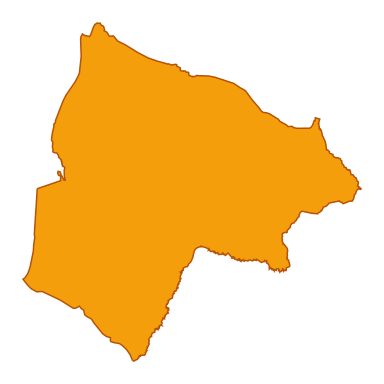 outline of Phanom Sarakham, Chachoengsao, Thailand
{"feature_id": "78962969B65089616698234", "entity_name": "Phanom Sarakham", "entity_type": "district", "adm_level": 2, "iso_a3": "THA", "parent_name": "Thailand", "parent_adm1": "Chachoengsao", "projection": "robinson", "projection_center": [101.467, 13.734], "detail": "fine", "context": "isolated", "style": "filled", "palette": "amber", "viewbox_px": 384, "rotation_deg": 0, "n_neighbors": 0, "source": "geoboundaries", "source_scale": "gbopen_adm2", "svg_char_len": 5983}
<svg xmlns="http://www.w3.org/2000/svg" viewBox="0 0 384 384"><path d="M82.4,34.0L81.0,36.6L80.6,39.3L81.2,56.2L79.4,73.1L78.3,75.8L75.1,81.9L66.1,95.0L63.2,100.6L55.4,120.8L55.6,121.2L55.1,123.0L53.9,124.0L53.9,126.5L52.5,132.4L51.5,139.1L51.7,140.5L52.8,142.1L52.4,146.7L53.1,150.4L52.7,151.5L53.4,152.4L57.1,153.2L58.7,156.1L58.6,157.2L61.4,160.0L61.1,160.9L61.9,161.3L61.7,163.0L62.3,163.3L62.0,164.9L62.7,165.4L62.6,166.2L64.6,167.2L64.8,168.2L64.2,169.9L64.3,176.3L65.3,180.1L64.1,180.3L60.8,174.2L60.3,172.0L58.1,171.3L57.6,172.8L58.5,175.1L59.0,175.6L60.6,175.5L60.6,180.7L37.8,188.5L37.2,189.2L34.3,234.6L34.8,237.1L33.7,244.8L33.3,251.3L30.1,267.0L28.3,272.2L27.3,274.4L25.1,277.6L23.0,279.2L27.4,284.8L31.0,288.6L36.7,291.8L42.3,291.5L60.3,300.1L73.3,308.3L75.6,308.2L79.4,306.2L81.4,308.7L83.7,310.2L84.7,314.7L86.8,316.5L91.4,319.0L94.0,323.0L102.9,334.0L106.5,336.5L110.4,337.6L110.4,340.6L110.8,341.6L114.2,342.7L118.8,343.4L120.5,344.2L123.0,346.1L126.5,349.5L130.1,354.6L132.3,359.9L133.4,361.0L134.7,360.8L135.2,360.2L137.4,359.4L137.8,358.4L138.7,358.0L139.3,355.9L139.8,356.4L140.5,356.2L140.8,355.2L141.8,355.4L143.2,355.0L144.3,355.3L145.3,354.3L145.6,353.7L145.4,352.5L146.1,352.0L146.4,350.9L147.1,350.6L146.4,349.7L147.6,347.4L147.2,347.0L148.2,346.1L149.2,343.9L148.7,343.4L149.2,340.7L148.7,339.5L150.5,336.6L151.6,336.6L151.5,335.5L152.0,333.4L154.9,332.0L154.6,330.6L155.1,330.0L155.1,328.8L155.8,328.6L156.1,329.3L156.6,328.7L157.4,328.8L157.4,329.5L158.2,329.6L157.7,328.4L158.8,328.5L159.2,328.1L159.3,327.3L158.8,327.1L159.3,325.9L159.6,326.3L160.9,325.0L161.8,325.4L161.3,324.6L162.2,323.1L161.4,321.5L162.5,319.6L162.9,319.5L162.9,318.1L164.5,318.8L164.4,317.5L164.8,317.5L165.1,316.5L164.8,315.9L165.5,315.3L165.5,314.7L167.1,313.7L167.3,312.7L168.2,313.0L167.8,311.3L168.1,310.2L168.4,310.2L168.2,309.8L168.7,309.8L168.8,308.6L168.4,308.0L166.9,307.5L167.2,308.3L166.0,307.9L166.2,306.9L166.5,307.5L166.7,307.2L166.3,306.5L166.3,304.9L167.2,304.4L167.0,303.8L167.4,303.8L168.2,302.7L168.2,300.6L168.9,300.7L169.1,299.9L170.1,299.1L172.2,298.2L172.7,296.4L172.4,295.2L173.3,294.6L173.4,293.6L174.3,293.4L174.0,291.9L174.7,291.1L175.6,291.4L176.6,289.9L176.6,288.1L177.8,288.3L178.1,287.6L177.3,286.3L177.9,285.3L177.6,284.9L178.1,284.3L178.8,284.1L178.9,283.7L178.4,283.7L178.8,282.3L180.1,281.4L180.0,280.1L180.6,279.2L180.3,278.8L180.9,278.4L180.1,277.5L180.1,276.6L181.4,273.8L181.0,273.4L182.5,272.5L180.8,272.6L180.4,272.2L181.7,272.1L182.1,271.6L181.5,271.4L181.7,270.7L182.2,270.7L182.5,270.0L183.3,270.1L183.3,268.0L186.2,266.6L187.5,266.6L188.6,264.2L191.1,261.4L192.8,257.4L194.3,250.8L196.2,248.3L201.0,246.2L200.9,246.8L203.1,246.8L206.1,247.7L207.9,248.8L208.8,248.5L209.0,249.1L208.5,250.2L209.5,249.8L210.0,250.9L210.9,251.6L212.4,251.1L214.0,252.5L214.3,251.4L215.4,252.3L215.6,253.4L217.8,252.6L217.7,253.7L218.5,253.8L218.8,254.6L221.4,254.3L222.0,253.7L222.8,254.2L223.0,253.1L224.2,254.6L224.7,254.4L225.2,255.4L226.4,254.7L227.6,253.1L228.1,253.2L231.6,257.0L232.7,256.8L231.8,258.0L233.6,258.2L234.6,257.6L234.7,259.1L237.3,259.9L237.6,260.4L238.1,260.3L237.9,259.4L239.2,258.8L239.0,259.7L239.4,260.4L239.7,260.5L239.8,259.8L240.6,260.2L240.3,261.0L241.0,261.5L242.4,259.5L242.3,260.3L243.2,260.8L243.7,260.1L243.8,260.8L244.2,261.2L245.5,260.4L248.0,261.0L248.3,260.3L250.1,259.9L252.1,260.9L253.6,260.3L253.7,259.5L255.1,260.2L255.6,259.7L256.4,260.3L256.7,259.3L261.5,262.5L264.0,261.5L264.6,260.5L265.2,261.6L266.6,260.7L266.7,263.0L267.3,263.0L268.0,263.7L269.2,265.8L269.3,269.1L270.7,267.6L271.6,269.5L272.2,269.7L272.0,269.0L272.7,268.8L274.2,270.9L274.3,269.8L276.4,270.4L276.3,269.0L278.6,268.7L278.9,269.4L278.7,270.7L279.4,270.7L279.8,272.1L280.3,271.5L280.9,271.6L282.1,270.3L282.5,269.1L283.5,271.1L283.9,269.8L284.5,270.6L285.3,270.2L286.0,270.6L286.4,269.4L286.3,267.9L289.5,266.6L289.8,265.3L289.3,262.7L288.4,260.8L288.6,260.1L286.8,258.8L287.4,257.7L286.9,257.2L287.4,255.7L287.2,253.3L287.7,250.6L287.1,248.2L284.0,244.2L283.2,244.3L283.0,242.7L282.1,241.0L282.5,239.9L281.9,237.8L282.6,236.2L282.1,234.2L282.9,233.1L283.6,233.2L284.9,232.3L286.5,232.6L287.2,232.1L287.0,230.8L290.4,227.1L290.4,225.6L292.0,223.4L294.2,222.8L295.2,221.1L296.4,220.3L296.6,219.2L298.1,217.3L299.0,216.7L299.2,214.9L300.3,212.4L302.1,211.2L311.7,213.3L317.7,213.8L318.3,212.8L320.8,211.5L321.1,210.5L321.7,210.6L323.5,207.1L326.2,206.2L329.4,203.0L339.3,201.0L339.3,201.4L342.1,202.7L343.1,203.7L349.7,201.1L352.2,201.2L353.7,198.6L354.5,194.8L355.6,193.7L356.2,191.5L357.3,189.7L359.0,188.7L360.3,189.4L361.0,189.1L360.9,188.3L359.7,187.9L359.5,187.2L358.5,187.3L358.0,185.8L357.5,185.7L358.3,183.9L358.3,181.9L356.9,180.8L356.6,179.3L356.2,178.9L356.3,178.2L354.4,176.9L353.0,174.8L351.0,174.6L350.2,170.5L349.7,170.4L349.5,169.8L347.8,170.1L347.7,169.5L346.6,169.1L346.1,167.6L344.2,167.1L343.9,165.7L341.9,163.2L341.7,160.8L340.7,160.1L340.4,158.9L338.3,157.9L335.4,157.6L333.6,156.6L333.1,155.9L333.0,154.5L329.8,153.3L329.3,152.4L329.4,151.6L327.6,149.9L326.5,149.8L325.9,144.5L325.1,141.3L322.4,135.5L321.2,130.1L320.3,130.0L320.2,128.8L319.3,128.7L319.3,126.5L318.5,124.8L319.0,123.9L318.4,123.5L319.8,119.1L315.3,117.8L315.1,120.7L314.1,120.7L312.5,125.4L310.8,127.5L309.4,128.2L296.9,128.3L293.6,127.6L292.2,126.4L287.7,126.5L286.6,125.0L279.8,121.3L278.5,119.4L269.7,113.9L267.0,112.9L263.0,112.3L261.7,111.5L259.0,107.8L252.2,99.9L245.6,91.0L243.9,89.7L240.0,87.7L233.9,83.5L215.1,77.3L208.8,76.0L197.9,75.7L197.0,75.3L194.4,76.7L192.9,76.3L192.5,76.7L189.1,75.4L188.6,72.5L187.9,72.2L186.3,72.3L185.5,71.1L183.6,70.9L183.4,71.3L180.3,70.5L180.4,68.0L176.6,66.0L176.7,64.7L175.9,64.3L171.2,65.0L169.0,63.9L167.6,64.0L157.2,61.1L148.2,58.0L137.7,52.5L124.7,44.5L117.8,41.2L113.4,35.9L109.3,36.2L106.8,32.1L104.1,30.8L104.6,29.9L103.7,26.7L102.8,25.8L101.4,25.4L100.1,23.1L98.9,23.4L97.2,23.0L94.9,24.5L93.3,27.4L90.8,34.6L89.5,36.5L84.9,35.5L82.4,34.0Z" fill="#f59e0b" stroke="#b45309" stroke-width="1.5"/></svg>